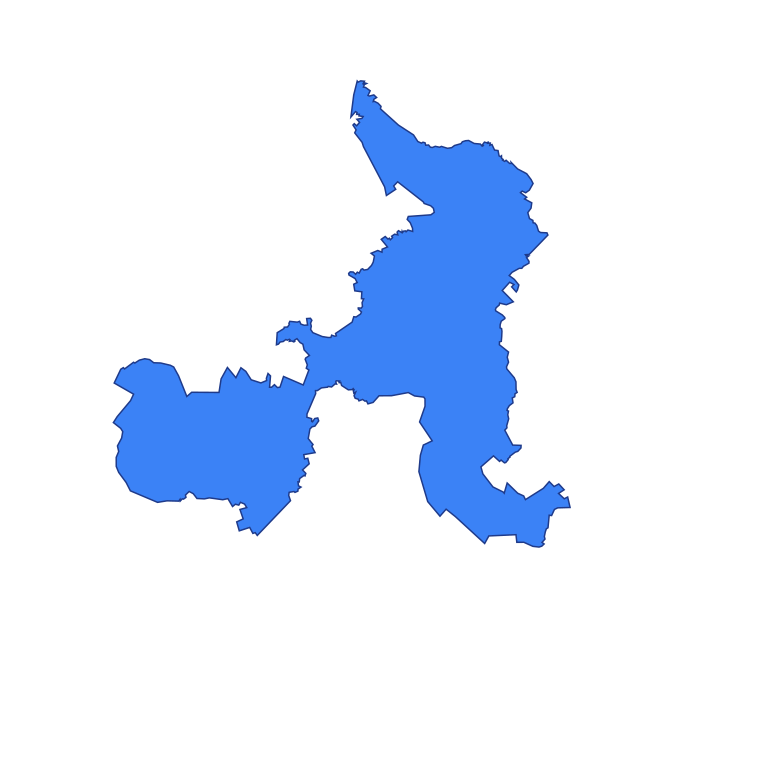 Pichucalco, Chiapas, Mexico, rotated 313°
{"feature_id": "50627088B71001780437280", "entity_name": "Pichucalco", "entity_type": "district", "adm_level": 2, "iso_a3": "MEX", "parent_name": "Mexico", "parent_adm1": "Chiapas", "projection": "mercator", "projection_center": [-93.132, 17.509], "detail": "fine", "context": "isolated", "style": "filled", "palette": "blue", "viewbox_px": 768, "rotation_deg": 313, "n_neighbors": 0, "source": "geoboundaries", "source_scale": "gbopen_adm2", "svg_char_len": 6171}
<svg xmlns="http://www.w3.org/2000/svg" viewBox="0 0 768 768"><g transform="rotate(313 384 384)"><path d="M343.7,469.3L327.8,496.2L325.5,515.1L334.8,514.8L335.7,526.6L336.0,566.4L344.4,564.3L363.8,583.3L358.8,589.1L363.6,594.2L366.8,603.6L370.5,608.6L373.0,610.0L376.2,610.2L375.9,607.6L380.4,607.5L381.8,605.3L385.9,602.8L388.8,601.5L390.7,602.0L400.7,594.3L402.1,596.3L408.5,594.2L411.9,595.5L420.6,604.3L426.6,595.4L423.0,594.1L423.0,586.3L429.5,587.9L430.1,580.0L425.0,578.3L425.3,571.4L416.4,571.7L395.9,566.3L397.4,562.5L395.3,556.3L395.6,541.6L386.1,546.4L386.3,544.9L383.0,533.9L385.7,517.6L389.5,511.4L406.1,513.1L406.2,521.3L408.2,521.5L408.5,525.9L409.6,526.6L413.4,526.4L413.9,525.6L416.5,526.0L416.9,525.3L423.7,526.5L426.0,527.8L430.6,527.8L432.6,526.1L427.1,519.8L432.6,503.8L435.8,503.8L437.2,502.2L443.6,498.9L445.9,495.5L449.1,493.5L448.6,492.0L450.0,491.1L453.7,490.4L458.2,491.2L461.3,487.3L463.9,488.3L466.1,486.5L468.7,487.1L470.0,484.4L475.6,479.0L477.4,475.0L478.8,463.5L480.1,461.9L484.9,460.2L487.6,455.9L492.3,453.3L491.4,441.6L493.6,439.7L495.2,440.7L498.9,437.8L503.0,434.3L504.7,432.2L504.2,430.6L506.6,428.5L509.9,426.9L514.3,427.8L515.0,427.0L515.2,423.4L513.7,415.9L514.3,414.8L516.2,414.0L520.4,414.4L522.0,413.4L525.4,419.4L532.3,422.5L533.0,406.7L544.1,406.5L545.4,411.2L542.1,411.1L541.5,417.9L543.7,417.5L548.4,415.1L549.4,408.0L548.7,401.6L553.1,401.5L560.8,404.0L562.6,405.9L565.2,405.7L571.2,407.6L572.6,406.4L573.6,402.1L576.2,402.5L574.6,400.6L575.0,399.2L577.8,401.8L604.7,402.3L605.7,400.1L601.5,395.1L601.2,392.7L604.1,387.6L604.6,384.6L603.6,383.1L605.2,381.3L604.2,377.6L607.4,372.3L612.9,371.6L617.3,368.5L615.2,360.6L617.9,361.0L617.0,353.3L619.3,353.5L620.5,357.2L624.9,358.1L632.3,356.3L633.8,352.2L635.1,345.0L632.4,335.0L632.8,325.9L632.2,326.8L631.0,325.5L630.9,320.7L629.1,320.4L628.6,318.1L629.5,318.0L629.2,316.2L631.0,314.3L629.7,314.1L629.3,312.6L632.5,308.2L630.5,305.3L632.8,299.6L630.8,298.6L632.7,297.4L630.9,295.8L632.6,295.2L630.7,295.0L629.4,292.5L626.3,292.8L626.1,294.0L624.9,293.6L625.2,290.8L621.4,285.9L619.8,279.8L617.5,277.7L614.6,276.1L612.3,276.4L606.5,272.9L603.0,272.3L599.7,269.7L596.9,263.9L595.1,263.2L592.8,259.4L590.0,258.1L588.8,256.4L589.2,253.6L587.1,251.7L588.4,249.5L587.4,247.6L585.7,247.1L584.4,243.4L586.3,235.7L583.2,218.0L582.8,193.7L585.0,192.5L585.3,188.2L584.2,184.2L583.2,183.5L585.3,182.4L588.5,183.2L588.5,179.4L584.7,177.0L584.1,175.5L589.0,173.9L588.3,168.3L587.1,166.5L589.6,165.4L591.9,166.3L591.1,164.6L588.6,164.1L592.1,163.2L589.8,160.2L587.1,159.2L587.3,157.8L574.8,164.7L556.7,177.7L563.8,177.4L564.2,179.1L562.5,180.1L564.4,182.0L563.0,182.8L565.4,186.3L563.2,186.7L559.1,183.6L558.7,187.7L554.2,187.9L554.1,184.7L552.2,184.7L550.8,190.3L547.7,191.3L545.8,203.2L543.6,207.1L528.6,250.0L523.5,257.2L534.4,259.8L535.4,256.0L541.2,256.1L544.0,288.6L543.4,290.2L546.2,296.6L546.2,300.3L543.8,303.7L539.7,302.9L523.1,287.5L520.2,288.7L519.9,293.1L517.4,298.6L515.1,300.9L512.9,296.5L510.4,296.3L510.6,295.3L509.2,294.1L507.5,294.2L508.0,293.1L506.9,293.8L506.0,290.0L504.0,290.0L502.5,292.4L500.8,289.6L497.3,288.8L496.9,290.4L493.8,290.3L494.3,288.5L492.7,288.1L492.7,284.3L487.9,283.3L486.6,293.1L481.3,290.7L479.0,292.6L477.4,288.4L470.8,285.4L471.1,289.7L465.8,293.0L462.2,294.0L456.6,293.9L453.7,291.7L453.7,289.8L452.3,289.1L448.2,290.2L447.6,288.2L444.9,288.4L444.9,285.1L443.0,282.8L440.8,282.7L439.8,284.1L441.4,291.0L439.9,295.2L436.3,293.8L432.2,299.1L436.3,304.9L431.0,309.3L432.4,311.1L428.5,312.5L426.0,315.4L424.0,315.6L422.1,313.3L421.3,314.0L421.3,318.4L419.2,319.1L414.0,317.9L412.6,316.0L407.5,318.5L387.9,314.1L386.8,316.3L385.4,315.5L384.0,312.4L381.8,313.4L379.9,311.4L376.6,306.5L373.0,296.9L373.9,293.1L376.7,291.4L378.4,288.8L381.4,287.8L381.9,285.4L379.1,282.8L375.0,287.9L372.5,285.5L371.1,282.3L372.3,279.5L370.1,278.4L365.6,272.4L363.5,273.1L363.1,274.1L359.9,274.6L357.5,272.3L356.3,273.0L348.7,270.9L339.3,278.6L341.2,279.6L343.9,279.4L346.3,281.3L349.6,281.9L350.1,283.4L352.2,284.3L352.3,285.1L350.7,285.7L352.5,287.1L353.3,289.4L354.5,289.6L354.7,288.6L357.8,289.4L357.1,294.4L357.8,297.5L354.5,302.3L354.0,310.0L349.6,309.0L348.3,309.5L345.7,314.9L342.5,316.4L343.0,319.5L328.2,325.6L321.0,305.4L310.8,310.1L308.7,308.5L308.8,304.3L305.0,304.0L303.6,302.5L312.5,295.5L312.6,292.0L307.9,294.1L306.5,295.8L300.8,293.2L296.5,284.0L299.0,274.3L298.3,268.3L287.6,271.4L289.3,258.2L276.6,261.4L265.3,269.1L246.8,249.0L240.4,248.3L249.9,228.1L253.0,218.6L252.0,215.0L247.1,206.4L242.5,201.1L242.0,195.9L239.3,191.8L234.6,188.8L229.4,187.5L229.1,186.0L218.1,184.0L218.2,182.2L215.3,181.4L200.7,186.0L205.8,207.8L198.9,210.0L178.3,211.1L171.2,212.4L172.0,221.6L171.0,225.4L165.5,229.0L156.9,231.3L153.7,236.0L147.7,238.2L141.1,244.4L138.4,250.3L136.1,262.6L132.9,271.4L143.0,299.1L150.6,305.0L158.4,313.8L160.5,313.5L159.5,314.8L162.4,314.8L163.1,315.9L166.0,316.5L167.4,314.5L172.5,314.8L173.7,319.3L172.7,325.3L177.5,331.0L181.6,333.9L189.4,345.0L193.7,348.0L191.1,356.8L194.7,357.3L196.4,360.4L199.6,359.7L201.1,363.9L200.0,367.9L194.0,364.2L189.3,373.0L182.7,370.3L177.9,378.3L187.5,383.6L185.3,390.0L187.5,391.2L186.8,394.6L234.9,395.2L237.5,390.3L240.1,388.5L244.0,391.5L244.0,392.8L246.9,394.1L248.5,392.8L252.0,393.6L251.2,390.9L253.8,387.8L254.6,388.8L257.3,386.8L262.7,387.9L262.9,388.9L265.3,387.8L265.6,383.0L274.6,383.7L277.7,378.9L275.0,377.0L277.6,373.5L286.8,380.4L289.3,373.6L291.3,373.4L292.4,365.8L300.6,360.5L303.7,360.6L306.1,362.2L312.5,361.4L314.0,358.7L311.5,356.9L307.6,357.5L307.3,356.6L309.3,354.7L307.1,350.3L309.6,348.1L330.4,340.6L332.4,338.4L333.8,339.8L338.5,340.9L343.2,344.9L344.1,344.8L346.1,347.7L350.7,348.2L351.6,349.4L352.6,347.3L353.8,346.9L355.7,349.3L354.9,349.3L354.4,350.4L355.7,351.1L354.0,354.0L355.4,361.9L358.4,364.7L359.6,364.6L359.4,366.1L358.2,366.1L356.7,368.2L358.7,368.8L355.0,370.1L353.9,372.7L355.3,375.4L354.6,377.2L358.1,378.9L358.5,381.8L359.7,382.7L358.5,385.8L363.1,388.6L372.0,388.4L380.6,397.5L394.3,407.6L396.1,414.5L401.5,422.0L401.1,424.1L395.7,429.2L380.5,435.9L375.3,458.0L366.2,454.4L356.7,459.2L343.7,469.3Z" fill="#3b82f6" stroke="#1e3a8a" stroke-width="1.5"/></g></svg>